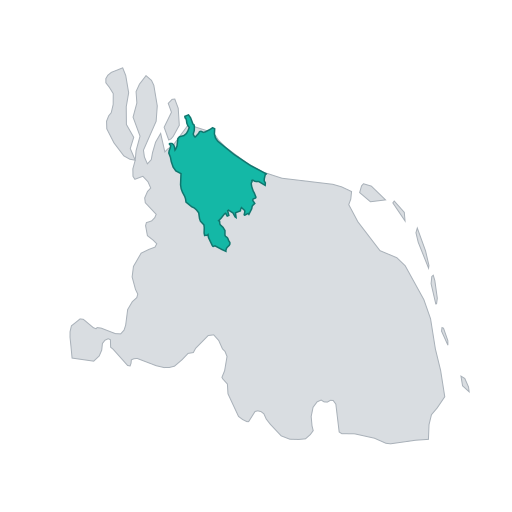 where Zuid-Holland sits in Netherlands, rotated 83°
{"feature_id": "NLD-3485", "entity_name": "Zuid-Holland", "entity_type": "Province", "adm_level": 1, "iso_a3": "NLD", "parent_name": "Netherlands", "parent_adm1": "", "projection": "natural_earth1", "projection_center": [4.558, 51.987], "detail": "fine", "context": "in_parent", "style": "filled", "palette": "teal", "viewbox_px": 512, "rotation_deg": 83, "n_neighbors": 0, "source": "natural_earth", "source_scale": "10m", "svg_char_len": 5103}
<svg xmlns="http://www.w3.org/2000/svg" viewBox="0 0 512 512"><g transform="rotate(83 256 256)"><path d="M334.9,451.0L324.1,450.7L313.9,450.5L308.5,449.8L302.8,447.7L300.2,443.4L297.0,438.3L297.8,435.1L307.3,426.2L308.7,423.7L307.7,422.4L308.7,418.5L315.9,405.1L316.8,399.8L313.5,396.0L308.8,393.8L293.5,389.9L286.2,384.3L282.8,379.4L279.4,378.0L274.4,379.7L261.7,381.5L251.4,378.9L239.2,369.7L236.4,361.5L234.9,355.2L231.8,353.0L227.7,356.2L222.6,361.3L212.4,361.9L209.5,360.7L209.0,357.9L208.4,355.2L205.6,351.8L202.5,350.0L189.6,359.4L184.8,359.4L178.7,355.8L175.7,352.2L169.1,354.2L163.1,358.6L165.1,366.9L161.9,368.4L154.5,367.6L146.2,364.2L136.9,362.2L122.9,356.5L103.2,361.1L89.6,355.6L78.2,355.0L71.2,350.7L63.6,343.2L69.0,338.3L74.2,336.6L95.0,335.7L110.1,338.7L137.2,354.8L144.1,354.7L151.3,352.6L147.6,348.2L140.8,346.1L130.8,341.8L122.7,335.7L141.6,333.8L139.0,330.6L136.5,325.2L116.7,306.5L120.1,301.5L125.1,290.6L131.4,281.6L136.3,279.2L144.5,272.8L162.3,254.1L173.6,238.8L182.0,220.7L194.2,171.0L197.8,162.6L203.7,153.3L211.1,155.0L216.3,157.7L234.5,150.7L265.8,132.3L274.9,116.4L283.9,109.1L319.8,94.7L339.6,90.4L370.1,89.3L392.2,86.7L418.7,85.8L428.9,94.7L434.9,101.2L444.4,104.8L459.0,107.2L458.3,120.1L458.8,145.4L457.7,149.9L451.3,160.6L444.5,179.8L442.8,192.5L440.8,194.9L412.8,194.8L408.8,197.0L408.3,199.7L409.7,203.0L409.1,206.2L406.9,208.9L408.2,213.1L413.1,217.8L422.0,220.8L431.4,221.1L436.3,220.5L439.9,223.9L443.5,229.2L443.3,235.8L442.0,244.7L437.6,252.9L424.8,262.3L419.1,265.7L413.6,267.4L411.1,269.9L409.9,273.1L410.2,275.9L419.5,283.5L419.3,285.2L416.7,289.2L413.1,292.9L389.4,300.6L379.6,300.0L374.0,303.9L372.3,304.6L366.0,301.1L352.2,297.0L346.9,298.4L344.1,300.6L335.3,303.3L329.1,307.6L329.1,313.1L340.3,327.2L344.2,330.0L344.4,335.3L349.9,342.0L355.4,350.3L356.1,355.6L355.5,360.9L352.7,368.5L343.2,386.4L343.1,389.8L343.9,392.4L347.2,393.1L349.8,394.4L349.0,396.8L331.1,409.2L328.8,411.4L321.3,410.7L320.1,412.8L321.2,416.2L324.1,419.1L330.6,420.6L336.1,423.8L340.6,429.9L334.9,451.0ZM146.2,364.2L144.6,369.4L140.5,375.0L126.4,383.2L111.6,388.6L104.0,387.9L98.9,385.1L96.1,382.2L88.2,379.3L77.4,377.9L70.7,381.0L65.8,383.9L61.6,383.4L58.5,381.0L56.1,377.2L53.0,365.4L61.0,363.3L78.5,362.5L92.0,366.6L109.7,368.6L123.3,362.9L134.0,367.7L146.2,364.2ZM116.9,316.2L127.2,323.6L129.4,326.0L130.2,328.5L117.0,331.5L103.0,322.4L93.8,324.5L90.3,320.2L90.3,317.5L99.9,315.2L116.9,316.2ZM216.1,135.8L205.7,145.4L199.3,142.7L197.4,140.5L200.7,133.0L216.1,120.6L216.1,135.8ZM262.2,93.3L252.4,94.4L247.9,92.5L271.6,87.1L286.5,85.5L289.1,86.2L262.2,93.3ZM325.5,83.4L304.8,85.6L297.8,84.0L296.7,82.4L302.3,81.5L320.0,81.2L325.4,82.6L325.5,83.4ZM239.4,103.8L220.0,113.7L218.3,112.1L230.8,103.5L239.4,103.8ZM410.0,66.8L400.2,67.2L403.0,63.7L412.0,61.0L416.8,61.0L410.0,66.8ZM367.9,76.4L353.2,81.0L349.7,80.1L350.5,78.7L363.5,75.9L367.9,76.4Z" fill="#d9dde1" stroke="#a8b0b8" stroke-width="1"/><path d="M134.0,328.8L133.9,328.2L133.9,326.7L134.2,325.5L135.6,324.3L137.4,323.7L141.0,323.5L139.9,322.5L137.2,321.0L129.9,319.2L128.3,317.4L127.7,312.9L125.9,310.1L123.3,308.2L120.3,306.6L118.3,307.8L115.6,308.5L112.9,308.5L110.8,308.9L110.4,309.5L109.7,309.6L108.7,309.6L107.7,305.8L110.8,304.1L117.4,302.5L118.3,301.5L120.4,301.4L124.0,302.0L126.9,303.3L127.4,303.4L128.1,303.3L129.2,302.9L130.5,302.0L129.7,300.8L127.1,297.8L126.3,297.4L125.7,296.8L125.5,296.0L125.7,294.9L126.2,294.2L126.7,293.6L126.9,293.2L126.6,291.1L124.6,285.8L123.4,283.5L124.0,282.5L124.7,281.5L129.7,282.4L133.8,281.9L137.4,280.0L152.6,265.4L165.5,250.5L176.2,235.1L175.3,236.5L179.9,238.2L180.5,238.4L182.4,238.7L184.6,237.8L187.0,238.3L182.5,244.1L182.4,244.4L182.3,245.0L182.2,246.3L181.7,248.1L180.3,249.9L180.5,250.9L181.7,250.8L182.7,251.6L183.2,251.8L183.9,251.9L186.6,251.8L191.1,250.9L193.3,250.0L197.6,248.9L198.2,249.2L198.4,249.4L198.9,251.4L199.3,252.1L200.4,252.5L203.7,250.8L205.1,252.7L205.6,253.3L206.3,253.8L208.6,254.5L213.8,258.0L212.8,258.6L213.3,260.1L213.9,261.6L214.1,262.0L214.1,262.4L213.9,262.6L213.4,262.7L211.7,262.0L211.1,261.9L210.8,261.8L210.4,261.6L209.9,261.7L209.3,261.8L206.8,264.0L206.2,264.5L207.6,265.5L209.3,266.0L210.6,271.1L215.4,271.1L214.6,272.0L210.5,273.6L207.1,277.7L207.6,278.6L212.4,278.0L212.9,279.7L211.6,280.3L210.8,280.6L210.1,280.8L209.8,281.2L210.7,282.5L214.1,285.9L216.4,288.8L217.1,287.9L219.6,288.0L220.6,287.7L223.6,285.2L227.0,283.7L231.6,284.3L232.7,283.9L234.2,282.3L235.2,281.8L237.6,281.2L238.5,280.7L239.5,280.3L241.0,280.5L242.2,281.3L243.7,283.3L244.7,284.3L246.7,285.2L247.7,285.3L245.1,289.6L244.6,290.2L240.9,295.5L241.1,296.3L241.3,296.9L241.3,297.3L241.2,297.6L240.1,298.2L232.0,300.9L228.9,301.0L229.6,301.9L229.6,302.1L229.3,303.2L229.4,304.5L226.9,304.7L221.5,303.9L218.8,303.9L214.7,306.9L212.0,307.5L206.2,307.6L203.1,309.4L200.8,311.4L199.3,313.8L194.0,318.9L190.6,319.0L188.2,319.5L183.8,321.2L180.1,322.1L176.1,322.2L165.1,320.4L161.8,325.2L157.7,327.4L152.0,328.6L147.6,328.9L143.2,330.0L140.8,329.3L138.5,328.0L136.1,327.2L134.3,328.4L134.0,328.7L134.0,328.8Z" fill="#14b8a6" stroke="#0f766e" stroke-width="1.5"/></g></svg>